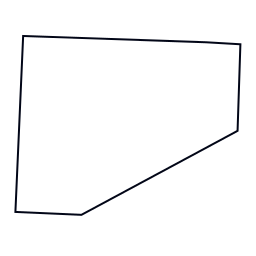 Eastland, Texas, United States of America, rotated 2°
{"feature_id": "52423323B76826810418880", "entity_name": "Eastland", "entity_type": "district", "adm_level": 2, "iso_a3": "USA", "parent_name": "United States of America", "parent_adm1": "Texas", "projection": "robinson", "projection_center": [-98.827, 32.297], "detail": "fine", "context": "isolated", "style": "outline", "palette": "ink", "viewbox_px": 256, "rotation_deg": 2, "n_neighbors": 0, "source": "geoboundaries", "source_scale": "gbopen_adm2", "svg_char_len": 262}
<svg xmlns="http://www.w3.org/2000/svg" viewBox="0 0 256 256"><g transform="rotate(2 128 128)"><path d="M20.0,39.7L18.4,215.8L84.5,216.4L211.6,142.2L237.6,127.0L237.4,40.4L203.0,39.6L26.2,39.7L20.0,39.7Z" fill="none" stroke="#020617" stroke-width="2"/></g></svg>